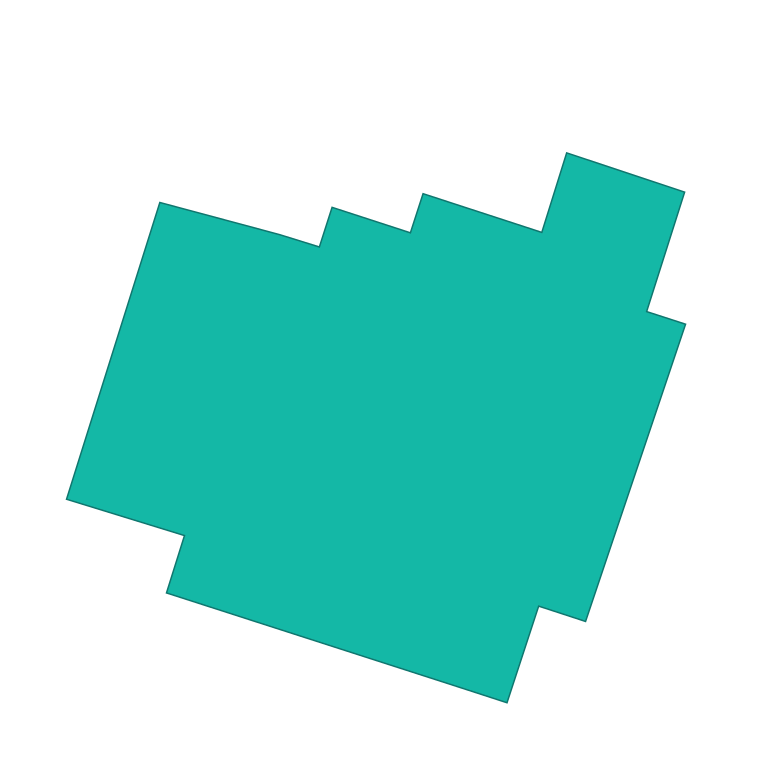 Guernsey, Ohio, United States of America (orthographic projection), rotated 196°
{"feature_id": "52423323B21597350777733", "entity_name": "Guernsey", "entity_type": "district", "adm_level": 2, "iso_a3": "USA", "parent_name": "United States of America", "parent_adm1": "Ohio", "projection": "orthographic", "projection_center": [-81.499, 40.031], "detail": "fine", "context": "isolated", "style": "filled", "palette": "teal", "viewbox_px": 768, "rotation_deg": 196, "n_neighbors": 0, "source": "geoboundaries", "source_scale": "gbopen_adm2", "svg_char_len": 399}
<svg xmlns="http://www.w3.org/2000/svg" viewBox="0 0 768 768"><g transform="rotate(196 384 384)"><path d="M535.5,123.2L226.6,113.2L177.9,111.5L174.1,213.1L124.8,211.3L110.6,524.6L151.5,526.0L147.9,651.3L272.1,656.5L274.1,573.2L398.9,577.7L400.3,536.6L482.6,539.5L483.9,497.9L525.5,498.8L649.5,496.7L657.4,185.7L534.0,183.3L535.5,123.2Z" fill="#14b8a6" stroke="#0f766e" stroke-width="1.5"/></g></svg>